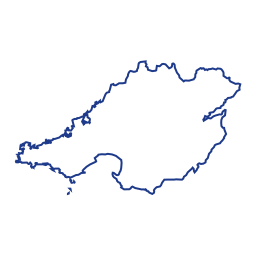 the border of Shandong, rotated 181°
{"feature_id": "CHN-1814", "entity_name": "Shandong", "entity_type": "Province", "adm_level": 1, "iso_a3": "CHN", "parent_name": "China", "parent_adm1": "", "projection": "robinson", "projection_center": [118.824, 36.396], "detail": "fine", "context": "isolated", "style": "outline", "palette": "blue", "viewbox_px": 256, "rotation_deg": 181, "n_neighbors": 0, "source": "natural_earth", "source_scale": "10m", "svg_char_len": 5851}
<svg xmlns="http://www.w3.org/2000/svg" viewBox="0 0 256 256"><g transform="rotate(181 128 128)"><path d="M102.6,62.5L105.6,63.8L106.6,65.1L107.4,65.1L108.7,65.9L108.7,66.6L109.6,67.1L110.5,66.6L111.3,66.9L113.3,66.8L119.8,68.1L122.5,69.5L123.3,69.1L124.5,67.5L125.6,66.8L130.8,66.6L133.9,68.5L133.2,69.8L134.1,70.7L135.2,73.1L136.7,73.6L137.9,74.8L138.6,76.8L141.2,78.5L142.2,79.7L142.7,81.5L142.5,83.0L141.5,82.9L138.7,80.8L137.3,80.7L136.4,81.3L135.6,83.6L134.7,85.1L134.1,87.8L133.8,93.0L134.2,95.9L139.5,99.9L143.5,101.3L147.8,101.8L150.2,101.2L154.0,101.3L157.1,100.8L157.7,99.8L160.7,97.4L159.2,94.2L159.6,93.7L165.3,90.9L168.8,88.5L171.9,85.5L172.6,84.4L172.2,83.2L169.6,82.6L173.9,82.2L176.6,80.4L179.2,80.0L184.3,77.5L187.1,78.1L188.2,77.6L189.6,78.0L190.0,78.4L189.7,79.0L190.0,79.5L191.9,80.5L192.6,81.7L195.6,82.0L195.9,82.4L195.4,83.7L195.9,84.2L195.5,85.1L196.6,86.2L200.4,86.1L202.3,85.1L201.7,84.2L202.8,84.7L203.9,85.6L203.0,85.6L202.5,86.0L202.5,86.6L204.4,88.2L205.2,90.0L207.0,90.4L207.9,91.3L210.9,91.0L209.7,90.2L208.4,90.5L208.8,89.8L209.7,89.5L212.5,90.2L218.3,90.1L218.8,90.3L218.5,90.9L218.6,91.4L219.7,91.4L220.0,91.1L219.4,89.9L220.7,87.9L222.0,87.4L221.9,86.7L222.7,87.2L223.4,86.7L224.3,87.8L224.3,88.4L223.7,89.4L224.0,90.4L225.2,91.7L226.3,90.3L226.9,90.3L228.4,91.7L233.5,91.4L233.8,91.9L236.1,92.2L237.3,91.7L239.2,91.8L239.5,92.7L239.2,93.2L238.6,92.8L236.2,94.2L236.9,95.9L235.6,95.0L235.9,96.6L236.9,97.9L237.2,98.8L237.9,99.4L236.4,99.6L236.1,100.0L236.4,101.0L234.6,100.7L233.8,101.2L233.5,102.2L233.3,100.8L233.0,100.7L232.5,102.9L233.1,103.7L231.6,105.2L231.8,105.7L232.2,105.8L232.6,105.6L232.5,105.0L235.5,105.0L235.1,108.9L234.6,109.4L234.3,109.2L234.7,108.2L234.3,108.1L233.2,108.7L231.7,108.6L231.7,109.2L232.6,110.4L231.6,110.8L231.0,110.7L230.3,111.8L229.3,112.0L225.5,111.1L225.5,109.9L225.8,109.4L227.8,109.4L224.8,107.8L225.3,105.8L224.9,105.5L224.4,105.8L224.3,107.8L222.9,107.6L222.5,108.8L221.2,109.4L221.3,107.2L221.6,106.6L218.1,106.2L217.8,106.4L218.8,108.1L217.8,108.7L214.2,109.7L212.6,111.6L210.4,112.2L211.3,111.3L210.0,111.7L209.6,112.3L209.9,114.6L209.7,114.8L208.8,113.9L206.9,114.4L206.2,114.1L206.0,113.7L206.2,113.2L207.5,112.9L208.8,111.9L209.1,111.3L207.4,111.6L206.5,112.5L205.7,111.8L205.0,111.8L204.8,112.2L205.3,113.2L204.8,114.3L203.6,114.4L202.7,115.1L202.7,115.6L203.4,115.8L200.9,115.8L196.5,117.3L194.3,119.3L192.9,118.8L193.0,120.0L192.7,120.2L190.0,119.8L190.1,118.9L187.8,117.9L185.0,119.1L184.9,119.5L185.2,119.8L184.7,121.1L185.0,121.7L185.8,121.6L187.1,119.8L187.8,119.5L189.1,120.9L189.8,121.2L190.0,121.9L191.0,121.4L190.3,123.1L190.6,124.4L189.4,124.7L189.1,125.1L189.2,126.1L188.5,127.1L187.8,126.9L187.7,125.7L187.2,125.3L187.3,124.6L185.0,124.4L183.2,126.9L184.2,128.8L183.8,129.1L182.1,128.8L183.8,134.8L183.5,135.2L181.6,136.1L179.4,136.2L179.0,137.0L177.2,137.1L173.8,138.7L172.1,138.0L174.0,133.6L173.4,132.5L172.9,132.4L172.4,130.8L171.9,131.1L171.5,132.1L171.6,133.2L172.2,133.6L171.8,134.1L169.9,133.3L170.0,132.5L167.1,133.0L166.5,132.4L166.2,133.0L166.9,133.7L166.3,135.1L166.3,136.3L166.6,136.8L168.6,138.0L168.8,140.3L169.4,140.6L170.3,140.1L170.3,141.1L170.7,141.0L171.9,139.8L172.4,140.3L172.3,141.0L170.2,142.1L168.8,143.9L168.6,143.3L169.2,142.0L167.7,143.4L166.6,143.5L164.9,145.5L163.9,149.4L163.0,149.3L162.0,148.3L161.2,148.8L161.0,149.1L162.0,150.2L161.0,151.3L161.1,153.0L159.9,153.6L159.1,152.6L159.3,151.8L158.5,152.2L157.3,154.0L156.6,154.6L156.7,153.5L156.2,153.1L153.8,154.3L151.1,161.3L149.9,162.9L147.5,163.6L147.4,164.8L146.9,165.6L145.6,171.0L143.4,171.7L143.2,170.9L142.6,170.6L140.9,170.5L137.6,172.6L134.1,172.6L131.4,173.2L130.9,176.5L129.0,180.0L128.9,181.4L128.1,183.5L127.2,184.7L126.3,185.1L123.4,184.3L122.0,184.4L120.1,185.2L119.8,186.8L119.0,188.3L118.5,192.4L118.0,193.4L116.6,194.2L111.5,194.9L111.6,193.2L110.6,192.0L111.2,190.0L109.5,189.0L109.0,186.6L104.8,185.3L101.3,185.8L100.8,186.2L100.2,190.6L97.4,190.3L95.0,192.5L93.8,192.7L91.6,192.3L87.9,188.4L86.2,189.2L85.2,190.2L84.8,193.0L84.0,193.3L83.4,193.1L82.5,191.9L82.2,189.2L80.0,184.2L77.8,181.5L77.4,179.4L73.1,175.6L71.9,176.5L67.8,176.4L63.2,177.8L61.7,180.0L61.6,182.6L61.4,183.3L60.6,184.3L60.7,185.6L60.4,186.6L56.6,189.1L56.2,189.2L55.2,188.5L54.0,189.1L53.4,189.0L52.1,187.4L50.9,188.0L49.5,187.3L48.7,188.2L46.2,188.4L44.4,189.0L40.9,188.0L39.5,189.1L36.5,188.8L35.4,188.1L33.8,185.9L33.4,184.6L33.4,181.8L29.9,179.5L28.6,179.5L27.8,180.2L27.3,179.9L27.5,177.8L26.4,176.3L21.2,174.0L18.5,174.4L16.5,173.7L17.4,170.2L17.1,168.2L19.7,166.8L23.4,161.3L25.2,160.7L25.7,160.1L28.5,159.8L30.2,158.0L31.2,157.7L30.9,156.0L31.2,155.3L32.4,155.2L33.0,152.7L35.6,151.1L35.9,149.6L39.2,149.3L40.2,148.8L42.4,145.9L43.3,145.3L46.5,144.7L46.9,144.3L46.1,143.4L46.2,142.7L47.9,141.2L49.2,140.6L51.1,141.3L52.0,138.7L52.8,137.8L52.4,136.6L48.1,139.4L45.4,139.0L42.7,141.2L40.7,142.0L36.8,143.2L35.0,143.1L34.3,143.6L33.9,145.4L33.1,146.5L31.4,147.8L30.7,147.6L31.2,142.3L33.8,140.3L34.8,137.7L34.9,134.7L34.6,131.6L33.2,129.9L31.9,129.8L31.6,128.1L29.8,123.7L31.9,120.3L31.7,119.6L33.4,117.2L35.1,115.4L35.6,114.4L39.8,113.0L40.9,112.3L41.7,110.4L44.1,107.8L44.3,106.1L46.5,103.7L47.7,99.3L49.7,97.2L49.9,95.0L52.0,93.7L54.4,93.3L56.1,93.9L57.0,93.5L57.9,92.5L57.7,91.7L56.9,91.0L56.9,90.2L58.1,88.5L58.6,87.2L60.6,84.8L61.3,86.0L61.6,88.3L62.7,89.5L63.4,88.5L67.5,84.7L69.0,81.9L71.2,80.3L71.9,78.3L73.1,77.3L78.9,77.5L81.1,77.2L90.8,77.0L93.0,73.8L94.0,71.3L95.0,70.1L98.4,69.3L100.3,67.4L101.0,66.2L100.7,65.3L100.9,63.7L102.6,62.5ZM184.0,73.6L184.8,74.4L184.8,75.3L183.8,74.6L184.0,73.6ZM183.8,72.5L183.8,73.0L182.9,72.3L183.3,72.2L183.8,72.5ZM180.6,72.5L181.1,72.7L181.0,73.6L180.4,72.9L180.6,72.5ZM186.1,62.0L186.1,61.4L186.9,61.1L186.9,61.4L186.1,62.0ZM184.3,65.4L185.2,66.3L184.5,66.3L184.3,65.4Z" fill="none" stroke="#1e3a8a" stroke-width="2"/></g></svg>